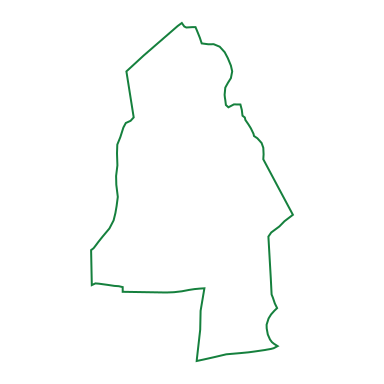 outline of Saensokh, Phnom Penh, Cambodia
{"feature_id": "14789045B60283384180487", "entity_name": "Saensokh", "entity_type": "district", "adm_level": 2, "iso_a3": "KHM", "parent_name": "Cambodia", "parent_adm1": "Phnom Penh", "projection": "natural_earth1", "projection_center": [104.865, 11.597], "detail": "fine", "context": "isolated", "style": "outline", "palette": "green", "viewbox_px": 384, "rotation_deg": 0, "n_neighbors": 0, "source": "geoboundaries", "source_scale": "gbopen_adm2", "svg_char_len": 1477}
<svg xmlns="http://www.w3.org/2000/svg" viewBox="0 0 384 384"><path d="M292.9,214.8L278.9,188.6L263.3,159.3L263.4,157.5L263.6,154.4L263.3,147.8L261.6,143.0L257.4,138.3L254.0,136.0L253.5,133.8L250.9,128.4L248.5,124.5L245.4,120.0L244.8,117.5L242.5,115.7L241.8,109.9L240.4,104.5L233.9,104.4L228.4,107.3L225.9,105.0L225.3,100.1L224.9,97.7L224.6,94.8L225.3,87.6L227.9,82.9L230.9,78.1L232.2,71.4L230.9,65.6L227.8,58.1L224.7,52.2L219.7,46.7L213.7,44.2L208.5,44.3L201.7,43.4L199.9,37.9L197.9,32.9L195.5,27.1L192.8,27.1L186.3,27.5L184.3,26.5L181.8,23.0L177.7,26.0L143.7,55.5L126.4,71.4L133.7,117.4L130.6,120.8L125.8,123.0L123.4,127.5L120.3,137.2L117.3,144.6L117.0,153.3L117.4,165.4L116.1,176.0L116.3,184.7L117.8,196.9L116.6,206.1L115.4,213.1L113.6,220.4L109.4,228.5L102.6,236.6L98.6,241.6L94.7,246.8L93.5,248.3L91.1,250.1L91.8,285.1L95.4,283.4L99.0,283.7L107.8,284.9L114.4,285.9L118.8,286.2L122.7,287.1L122.7,291.8L166.3,292.5L174.0,292.2L181.8,291.3L189.2,289.9L194.5,289.1L199.8,288.6L204.4,288.3L200.6,310.8L200.2,329.7L196.9,358.8L196.7,361.0L203.7,359.5L214.4,357.1L226.3,354.3L240.3,353.1L248.7,352.3L254.6,351.5L265.0,350.0L266.5,349.7L268.8,349.3L271.1,348.9L273.7,348.2L277.6,346.1L274.0,343.8L271.9,342.1L270.0,339.5L267.8,334.5L266.7,328.4L266.6,324.7L268.6,318.4L271.1,314.4L274.4,310.7L277.1,308.1L274.8,303.4L272.9,297.7L271.6,294.5L270.8,278.5L268.4,236.6L271.2,232.5L279.3,226.5L284.5,221.2L289.5,217.4L292.9,214.8Z" fill="none" stroke="#15803d" stroke-width="2"/></svg>